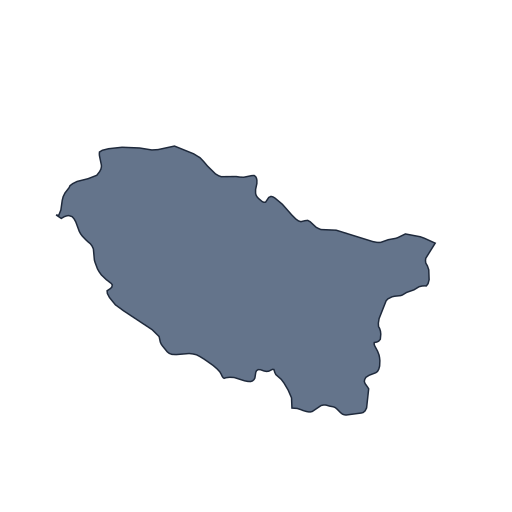 Kilkenny, Mercator projection, rotated 133°
{"feature_id": "IRL-722", "entity_name": "Kilkenny", "entity_type": "County", "adm_level": 1, "iso_a3": "IRL", "parent_name": "Ireland", "parent_adm1": "", "projection": "mercator", "projection_center": [-7.22, 52.568], "detail": "fine", "context": "isolated", "style": "filled", "palette": "slate", "viewbox_px": 512, "rotation_deg": 133, "n_neighbors": 0, "source": "natural_earth", "source_scale": "10m", "svg_char_len": 2857}
<svg xmlns="http://www.w3.org/2000/svg" viewBox="0 0 512 512"><g transform="rotate(133 256 256)"><path d="M361.3,424.0L362.3,430.2L360.8,428.0L355.4,430.1L347.4,435.7L344.1,437.5L340.1,438.7L333.4,439.3L331.4,440.0L328.1,439.4L323.5,437.7L314.1,431.6L305.6,427.5L301.1,427.9L298.4,428.6L296.3,429.8L295.0,431.0L289.4,438.9L288.2,440.2L286.7,441.4L283.5,440.5L278.1,437.0L267.8,428.1L256.4,414.8L249.5,404.5L245.0,400.2L231.2,390.6L223.8,371.3L222.3,363.8L222.6,358.8L223.3,353.0L223.6,341.7L222.8,338.1L221.7,335.5L211.4,324.7L209.2,321.5L206.8,318.7L200.2,314.0L198.4,312.3L198.2,310.4L198.8,308.7L199.9,307.1L202.4,304.8L207.6,301.7L210.4,299.1L211.3,297.7L211.8,296.4L212.1,295.0L212.2,293.2L212.0,288.7L211.4,286.9L210.1,285.7L204.5,286.6L202.2,285.7L201.2,283.9L200.7,281.6L200.2,272.0L201.6,257.9L201.8,252.1L201.4,249.0L200.3,246.6L196.7,244.2L194.7,242.5L194.0,239.8L194.0,231.6L193.2,228.8L192.4,226.6L182.4,214.9L165.8,180.4L163.6,176.9L162.3,175.4L161.0,174.1L153.9,170.4L147.7,165.8L145.8,164.8L138.0,161.8L129.9,149.0L128.2,145.0L124.4,133.7L141.9,130.3L143.8,128.9L145.4,127.0L146.3,124.0L148.3,120.2L155.3,113.2L158.9,111.3L161.7,111.0L162.9,112.4L164.7,114.1L167.3,115.8L173.0,117.4L179.9,121.0L184.8,122.4L186.3,123.2L190.9,127.2L193.1,128.7L197.4,130.3L200.0,130.3L217.8,123.3L221.7,120.7L224.1,118.2L224.7,116.2L226.1,113.7L228.1,111.4L232.1,108.3L234.6,108.2L236.6,109.0L238.6,110.5L239.8,109.6L240.7,108.1L242.7,102.2L244.5,98.5L246.0,96.4L248.1,94.0L252.2,90.5L255.1,89.0L257.6,88.4L259.7,88.8L266.0,91.9L269.8,92.9L272.2,92.3L273.9,91.2L274.9,89.3L275.8,84.9L276.3,83.0L291.7,71.5L294.9,70.6L297.4,70.9L299.0,71.9L310.9,81.7L312.0,83.3L312.7,85.0L312.9,87.3L312.7,92.2L312.8,94.6L313.5,96.5L315.6,99.8L317.3,103.2L318.8,104.9L320.9,106.4L331.3,108.8L333.0,109.9L334.2,111.3L335.3,113.0L337.0,116.4L337.7,118.3L339.4,121.9L342.7,126.0L335.5,133.3L332.1,141.1L329.8,148.9L329.0,153.4L329.2,160.6L328.3,162.9L326.8,165.5L327.7,166.7L331.5,168.1L333.2,169.5L334.6,171.7L336.1,175.2L337.7,177.0L339.6,177.4L341.3,176.8L346.0,173.6L347.8,173.2L349.8,173.4L351.5,174.3L353.3,176.4L355.1,179.3L359.6,188.8L360.0,189.4L362.5,192.4L365.4,194.9L367.2,195.9L367.4,197.1L367.1,198.6L366.1,201.1L365.4,203.4L365.1,207.5L365.3,212.8L366.8,223.5L367.8,228.5L368.8,232.1L370.7,235.4L372.9,238.4L382.5,247.1L385.3,250.4L386.4,253.1L386.6,255.6L385.6,262.9L385.1,265.2L384.2,267.3L381.0,271.9L380.7,281.6L386.4,315.5L387.6,325.5L386.3,334.8L384.8,339.1L383.0,341.2L379.2,340.3L377.2,340.2L375.1,341.4L374.8,343.1L375.4,349.5L375.3,356.2L374.5,360.0L373.5,363.2L370.4,369.4L369.2,371.4L361.7,379.8L360.5,382.8L360.0,385.5L360.2,388.4L360.2,391.7L359.9,396.7L359.4,399.4L358.5,402.1L354.0,411.0L352.9,414.4L352.6,417.2L353.4,419.1L354.3,420.7L355.7,421.8L357.9,423.0L360.1,423.7L361.3,424.0Z" fill="#64748b" stroke="#1e293b" stroke-width="1.5"/></g></svg>